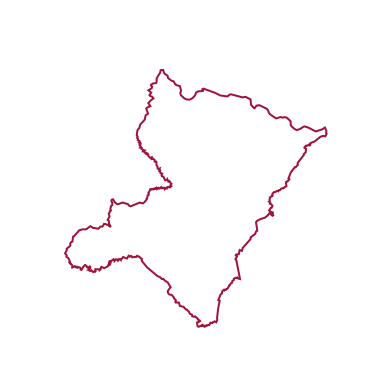 Wang Sombun, Sa Kaeo, Thailand (orthographic projection), rotated 130°
{"feature_id": "78962969B89607017524872", "entity_name": "Wang Sombun", "entity_type": "district", "adm_level": 2, "iso_a3": "THA", "parent_name": "Thailand", "parent_adm1": "Sa Kaeo", "projection": "orthographic", "projection_center": [102.173, 13.36], "detail": "fine", "context": "isolated", "style": "outline", "palette": "rose", "viewbox_px": 384, "rotation_deg": 130, "n_neighbors": 0, "source": "geoboundaries", "source_scale": "gbopen_adm2", "svg_char_len": 6091}
<svg xmlns="http://www.w3.org/2000/svg" viewBox="0 0 384 384"><g transform="rotate(130 192 192)"><path d="M118.8,294.3L121.1,293.1L127.5,292.2L131.0,289.5L131.8,289.6L133.8,291.5L136.0,292.3L136.7,292.1L137.0,290.2L138.4,289.6L142.1,290.8L142.1,287.1L145.1,286.9L145.3,285.4L144.6,283.9L145.1,281.7L148.4,282.5L152.0,282.6L153.0,279.1L155.8,280.5L157.5,280.7L160.3,276.0L163.1,276.8L167.0,274.7L173.8,275.0L176.8,273.5L179.5,273.6L184.0,270.9L184.6,269.1L185.8,269.0L186.1,267.4L187.2,266.8L186.7,265.0L187.3,264.6L187.3,263.9L188.2,264.3L188.2,262.3L188.8,262.4L188.8,263.0L189.3,262.8L189.9,262.3L189.9,260.7L191.4,260.4L190.5,258.8L191.5,258.2L191.0,256.2L192.2,255.9L190.8,254.8L192.1,254.5L192.2,253.2L191.4,252.4L191.8,251.6L191.0,250.8L191.2,250.4L192.1,250.8L191.7,249.4L192.4,248.8L192.7,245.7L191.3,245.2L192.7,244.0L192.2,243.6L191.6,244.1L191.4,243.6L191.6,240.9L192.7,240.2L191.7,238.8L194.4,236.3L194.6,235.0L196.2,233.3L195.8,232.5L194.7,231.9L195.7,231.5L195.8,230.4L197.1,230.6L197.2,229.0L197.8,228.3L197.1,226.6L198.8,226.1L199.3,225.1L198.6,223.9L200.3,220.1L198.8,218.9L198.1,219.1L199.2,216.9L198.4,216.6L198.7,216.0L198.2,215.4L199.0,214.2L199.0,213.0L200.3,212.9L200.7,211.7L201.6,212.3L202.1,211.8L202.4,212.6L203.0,212.3L203.9,214.0L204.6,213.8L205.2,214.3L205.7,213.7L206.3,214.8L207.4,214.7L206.7,216.3L208.2,217.3L208.0,218.4L208.8,218.3L208.9,219.0L210.2,219.0L210.4,220.3L211.4,220.2L211.4,221.2L212.2,221.0L211.8,222.1L212.8,222.1L212.8,222.7L213.4,223.0L213.9,222.6L214.8,223.3L214.7,223.9L216.0,224.4L215.9,225.1L216.9,225.8L218.9,225.0L220.7,224.9L220.9,224.2L222.1,223.3L223.1,223.9L224.9,222.7L226.0,222.6L226.2,222.1L229.8,221.8L232.4,222.4L233.8,225.3L242.4,229.8L242.9,231.0L242.5,233.3L244.7,238.4L248.7,240.7L249.5,241.6L249.5,244.6L248.3,247.7L249.5,248.5L250.6,248.1L251.7,245.9L253.5,244.6L254.8,245.0L257.2,243.8L258.3,242.2L259.4,242.7L260.6,241.9L262.0,242.0L263.8,239.4L267.6,238.7L267.7,236.9L269.3,235.6L270.6,232.5L271.2,232.6L271.4,233.4L270.9,235.1L271.6,235.6L272.0,237.4L273.0,238.9L275.4,238.4L276.3,238.6L277.3,239.9L280.4,240.2L283.2,245.0L283.5,247.9L288.6,249.1L290.8,251.7L293.6,253.7L301.8,254.0L302.7,254.4L306.9,251.7L308.3,252.4L309.9,252.1L310.8,251.0L312.0,250.7L315.9,251.6L317.0,250.6L320.6,249.8L321.1,247.3L322.3,246.7L322.1,244.4L323.1,242.0L324.0,240.4L324.8,240.8L325.1,240.2L325.2,238.7L324.8,238.3L325.2,236.5L326.8,235.2L325.3,234.3L324.3,234.3L323.9,233.7L324.3,232.2L323.7,231.2L323.1,231.7L321.9,229.3L322.2,227.7L323.0,227.4L322.8,226.6L319.2,227.2L316.9,227.1L316.5,226.7L316.6,224.7L317.2,224.0L317.0,223.3L316.5,222.8L314.8,222.6L314.6,222.0L315.8,221.0L318.0,221.4L317.7,221.0L318.2,220.5L318.2,219.8L317.6,219.0L316.7,218.9L316.9,216.2L315.5,215.8L315.5,215.0L314.7,214.9L313.3,216.4L310.9,213.5L311.5,212.6L309.8,212.3L308.7,213.1L307.6,213.3L306.7,210.3L303.0,208.7L301.8,209.2L300.7,208.1L300.0,208.4L300.4,209.4L299.4,210.3L298.7,209.8L297.9,210.6L297.4,210.3L297.6,209.3L296.6,209.8L295.0,208.8L293.9,209.0L293.8,208.0L294.6,207.0L292.4,207.0L292.2,206.0L291.8,205.8L292.2,204.5L290.2,204.8L289.9,202.8L289.2,203.5L288.0,202.8L286.1,203.0L284.8,199.1L281.6,199.6L281.6,198.2L280.4,197.9L280.0,197.3L280.5,195.8L278.0,193.7L277.9,193.1L276.7,192.8L275.4,193.5L276.0,193.0L276.0,191.5L275.4,190.8L275.7,188.7L275.3,187.6L277.1,186.2L278.6,177.8L278.6,164.4L277.8,161.8L278.0,159.0L277.0,158.2L277.3,156.2L276.9,152.5L278.6,147.2L283.1,147.0L284.2,146.2L285.0,144.7L285.0,143.2L283.9,141.5L284.1,140.1L284.4,138.2L285.0,137.6L285.3,134.7L286.9,134.2L287.1,133.4L285.2,131.0L287.1,128.0L285.4,124.7L285.9,121.2L285.4,120.4L285.7,117.2L286.7,115.5L286.0,113.2L287.1,111.9L286.6,110.8L285.3,109.7L285.6,108.9L285.3,108.5L285.4,105.9L285.9,105.3L285.5,103.4L285.6,102.8L286.3,102.9L288.7,104.3L291.3,101.3L290.8,100.1L287.5,98.8L288.3,98.2L287.5,97.7L287.2,96.2L286.6,96.8L286.2,95.6L285.0,95.4L285.0,94.7L283.8,94.4L282.9,93.2L280.3,93.9L279.5,92.3L278.4,92.4L278.0,91.9L276.6,91.6L276.2,89.7L273.7,90.4L272.4,91.8L265.2,96.6L257.4,101.0L257.9,102.3L252.1,104.3L250.5,103.9L248.5,105.1L247.2,104.9L246.8,104.1L246.0,104.5L245.3,103.1L244.1,103.3L243.5,102.7L240.8,103.0L239.7,103.6L239.2,103.2L236.9,103.5L235.8,103.0L234.1,103.9L232.5,103.4L231.5,104.2L229.5,103.4L229.2,102.5L228.4,102.3L228.7,101.4L227.8,99.3L215.9,114.0L215.5,115.6L212.4,116.1L212.3,117.9L211.5,118.0L209.6,116.2L205.8,118.2L205.0,115.9L202.4,117.2L190.5,116.9L189.5,117.7L188.3,117.8L183.5,116.7L181.0,117.6L179.7,117.1L173.9,123.6L171.9,123.5L168.4,122.0L164.8,119.6L161.5,119.0L158.4,119.1L158.5,115.1L157.6,114.8L156.7,117.0L156.4,117.2L155.9,116.8L155.7,117.1L156.3,118.2L156.6,121.1L153.5,121.5L152.9,120.9L150.8,121.5L150.5,123.7L150.9,124.9L149.8,125.3L149.8,126.6L149.3,126.3L148.1,127.7L146.9,128.1L146.1,128.9L143.6,127.9L143.3,128.5L142.8,128.2L141.6,129.3L139.6,129.2L138.1,127.9L136.8,127.8L135.9,127.0L135.9,126.4L134.7,126.6L134.1,125.8L131.8,125.8L130.6,124.6L129.9,124.7L129.3,124.0L128.4,124.1L126.9,123.4L124.3,126.2L124.0,125.8L122.6,126.1L121.9,125.5L119.6,125.6L119.7,126.8L113.6,128.9L106.7,129.2L106.5,128.5L103.1,128.4L102.9,129.0L101.4,129.8L91.9,130.1L91.2,130.8L88.6,130.4L85.5,132.5L85.8,134.4L84.6,134.6L83.1,134.4L83.0,133.7L80.9,133.0L80.6,132.6L80.8,132.0L80.2,131.5L79.5,131.9L79.4,132.7L78.4,132.7L74.3,130.5L67.1,129.1L64.6,127.6L63.7,125.7L61.0,126.2L60.7,127.1L58.8,128.3L57.2,131.6L60.4,132.6L66.1,136.1L67.7,143.6L69.2,147.6L70.2,148.5L74.2,149.7L77.3,151.6L77.8,154.0L77.7,158.2L77.3,159.3L74.4,162.0L74.1,167.0L75.1,169.2L76.7,170.2L77.7,172.4L81.6,174.9L82.3,182.2L82.0,183.9L80.5,186.3L80.2,188.4L82.2,196.2L84.4,198.1L87.6,197.9L87.9,198.2L87.2,202.9L83.4,206.7L84.7,212.1L87.0,214.1L92.1,224.9L93.1,225.7L96.0,226.3L99.9,232.5L101.2,238.1L105.5,249.8L106.6,250.1L107.0,248.8L107.7,248.6L110.6,251.7L113.0,252.8L116.5,251.7L120.0,252.0L122.8,253.2L124.6,255.7L125.2,258.0L125.0,262.6L123.8,264.5L121.3,265.6L118.7,269.3L120.1,272.6L120.1,274.6L119.0,277.1L119.9,279.1L120.1,283.5L118.6,285.5L119.0,289.3L117.1,292.6L118.8,294.3Z" fill="none" stroke="#9f1239" stroke-width="2"/></g></svg>